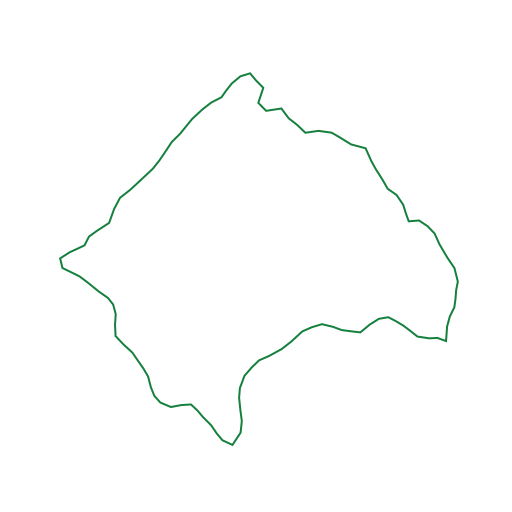 Dumont, São Paulo, Brazil (Mercator projection), rotated 168°
{"feature_id": "56859067B60617359221879", "entity_name": "Dumont", "entity_type": "district", "adm_level": 2, "iso_a3": "BRA", "parent_name": "Brazil", "parent_adm1": "São Paulo", "projection": "mercator", "projection_center": [-47.981, -21.246], "detail": "fine", "context": "isolated", "style": "outline", "palette": "green", "viewbox_px": 512, "rotation_deg": 168, "n_neighbors": 0, "source": "geoboundaries", "source_scale": "gbopen_adm2", "svg_char_len": 1489}
<svg xmlns="http://www.w3.org/2000/svg" viewBox="0 0 512 512"><g transform="rotate(168 256 256)"><path d="M213.9,419.0L219.6,427.9L223.8,435.9L233.9,435.0L243.8,429.8L250.9,423.9L256.7,418.5L267.9,415.4L278.0,410.5L290.0,403.3L298.2,396.7L304.9,391.3L314.6,385.1L324.2,375.7L330.8,369.4L338.8,362.8L352.9,354.3L364.9,347.1L376.9,341.2L385.0,331.5L392.8,318.9L406.6,313.6L415.3,309.7L421.5,302.1L437.4,298.4L448.1,294.4L447.8,284.5L432.8,272.7L425.7,264.5L417.4,254.2L409.5,245.7L405.8,238.2L405.3,228.3L408.2,218.0L410.0,206.9L404.1,197.2L397.0,187.2L392.8,177.0L389.5,169.3L386.6,160.5L386.1,149.3L384.5,140.3L380.0,132.5L370.7,126.0L359.9,125.7L350.5,124.3L345.4,117.1L341.5,109.7L335.1,99.8L331.2,90.4L327.1,82.7L318.3,76.1L307.8,86.4L304.2,97.5L303.3,108.6L302.0,120.8L299.2,130.2L292.1,141.3L283.3,147.9L274.7,153.3L263.7,155.6L250.4,159.6L239.2,165.0L226.4,172.6L216.4,174.7L205.7,175.6L195.4,170.7L187.7,165.8L180.2,163.1L169.8,159.6L158.9,165.3L148.9,169.0L139.3,168.6L133.2,163.6L126.4,157.3L121.0,151.1L114.8,143.6L103.5,139.4L95.7,138.2L87.8,133.3L83.7,147.4L79.0,156.5L72.7,164.5L69.8,172.5L67.3,181.0L63.9,189.0L64.4,202.9L69.1,214.4L74.1,229.3L76.6,240.8L81.9,249.4L89.1,256.8L99.4,258.2L100.6,267.1L101.4,275.6L105.8,286.4L113.2,294.4L116.8,305.5L120.7,315.8L123.4,324.7L126.4,338.6L139.8,345.4L149.4,354.6L156.4,360.9L168.8,365.4L182.1,366.3L188.5,375.7L195.4,383.9L200.5,395.0L215.9,395.9L221.9,405.3L213.9,419.0Z" fill="none" stroke="#15803d" stroke-width="2"/></g></svg>